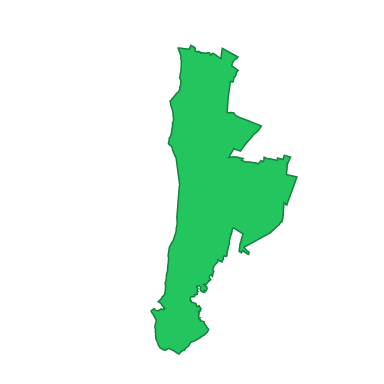 the district of Todiresti, Iasi, Romania, rotated 236°
{"feature_id": "2599482B85852318725472", "entity_name": "Todiresti", "entity_type": "district", "adm_level": 2, "iso_a3": "ROU", "parent_name": "Romania", "parent_adm1": "Iasi", "projection": "equal_earth", "projection_center": [26.831, 47.342], "detail": "fine", "context": "isolated", "style": "filled", "palette": "green", "viewbox_px": 384, "rotation_deg": 236, "n_neighbors": 0, "source": "geoboundaries", "source_scale": "gbopen_adm2", "svg_char_len": 6015}
<svg xmlns="http://www.w3.org/2000/svg" viewBox="0 0 384 384"><g transform="rotate(236 192 192)"><path d="M145.8,287.4L153.6,280.1L156.2,282.1L157.2,283.1L159.6,284.8L159.6,285.0L160.1,285.2L162.8,287.5L162.4,287.8L165.8,293.2L170.8,289.0L168.1,285.8L172.3,281.9L170.6,280.3L176.0,275.1L177.2,273.4L177.6,273.1L180.5,271.3L179.7,270.4L178.5,269.8L177.3,268.0L179.5,266.9L178.8,264.7L178.5,263.3L178.5,262.2L179.2,261.8L180.3,261.5L182.1,259.1L183.0,258.3L185.2,255.9L187.0,253.1L190.5,250.8L191.2,253.1L192.9,251.4L195.2,249.4L196.2,248.4L198.6,244.9L200.1,241.8L202.3,246.2L204.5,251.1L203.8,251.3L203.0,251.8L198.8,255.1L200.1,258.4L201.1,261.4L202.3,265.2L204.1,271.9L204.9,274.4L205.4,276.5L205.3,278.3L205.4,279.0L206.1,282.1L207.9,286.4L222.3,276.7L227.2,273.1L230.2,271.3L231.7,270.9L234.4,270.9L235.7,269.0L236.0,269.0L236.4,268.4L236.5,267.9L236.3,267.7L238.3,265.6L249.2,274.1L262.3,285.7L260.3,287.3L260.4,287.6L261.0,288.5L262.8,290.2L263.3,290.9L263.9,292.8L264.7,294.2L265.9,295.1L266.1,295.6L266.7,297.0L266.9,298.3L274.5,295.5L275.6,296.8L277.0,299.0L277.5,300.2L277.8,302.0L277.7,303.3L277.9,304.1L277.7,304.6L278.1,305.0L278.3,305.6L294.2,297.5L290.8,294.3L286.5,290.6L287.8,290.0L293.6,287.8L295.5,286.8L295.4,285.9L294.9,285.0L295.0,284.5L295.2,283.7L296.3,284.0L296.8,284.4L297.7,284.4L298.7,283.0L298.9,281.9L299.3,281.0L300.2,280.3L300.7,279.3L301.7,278.6L302.1,278.0L302.2,276.9L303.7,276.9L305.1,276.0L304.6,275.4L306.3,274.1L307.5,273.4L309.3,275.3L311.0,274.3L311.3,274.7L314.2,273.0L313.6,272.2L312.0,269.4L316.0,264.8L317.7,262.9L318.1,262.6L319.1,261.0L316.7,260.2L315.2,260.1L310.4,258.6L308.5,257.0L307.6,256.9L306.3,256.3L304.9,255.2L303.2,254.1L298.5,250.4L296.0,247.9L293.2,245.3L292.6,245.3L291.3,245.4L289.6,244.4L288.9,243.6L287.6,243.1L287.2,242.8L286.9,242.0L286.7,241.6L285.9,241.1L285.7,240.9L285.9,240.7L285.7,240.4L285.3,240.1L284.4,239.8L283.9,239.2L283.7,238.5L283.3,238.0L282.4,235.9L282.5,234.8L281.7,231.9L280.5,228.7L280.7,228.4L280.7,228.1L279.6,225.9L279.5,225.3L279.8,224.9L279.7,224.6L278.9,224.5L277.7,223.8L276.7,223.5L275.4,222.8L272.7,222.2L268.3,220.6L265.7,218.9L263.3,217.9L261.0,215.9L260.1,214.3L257.6,212.9L254.7,209.7L252.9,208.5L250.7,206.0L249.5,204.4L249.5,203.6L249.1,202.9L248.5,202.7L247.5,201.8L245.7,199.8L245.0,199.5L244.1,199.6L242.3,200.3L240.9,200.5L235.1,198.7L233.9,198.6L231.1,198.0L229.2,197.9L204.9,185.8L203.5,184.4L179.5,165.3L173.6,161.7L170.6,158.5L168.5,157.1L167.7,156.1L166.9,155.3L165.0,152.7L162.1,149.1L161.2,146.4L158.6,142.0L154.7,138.5L152.2,136.3L150.5,135.8L145.7,132.0L144.7,131.0L142.1,128.8L141.1,128.4L140.2,127.3L139.3,126.7L138.8,125.8L138.2,125.0L133.3,121.1L131.4,118.6L129.2,117.8L125.3,114.8L123.0,112.5L122.2,111.5L121.9,110.7L121.8,108.8L120.8,107.2L120.2,104.5L120.1,103.0L120.0,102.6L119.0,103.0L117.9,103.7L117.2,103.9L116.6,104.0L115.4,103.7L111.7,104.2L110.9,104.4L110.3,103.8L111.0,103.4L111.1,103.1L111.0,102.8L110.5,102.5L110.5,102.3L112.4,101.0L112.2,99.3L112.6,98.6L112.3,97.6L113.2,96.5L114.7,95.4L116.2,95.6L116.6,94.8L116.3,91.6L115.8,91.4L114.5,91.2L113.3,91.4L105.9,90.7L103.6,88.8L103.3,88.0L100.7,85.6L98.0,84.7L97.7,84.5L97.4,84.0L96.9,83.6L94.9,82.6L93.2,81.4L90.6,80.0L88.8,79.6L86.6,79.3L83.3,78.4L82.2,78.5L80.5,78.4L79.8,78.7L78.4,79.6L77.8,79.6L77.4,79.8L75.8,81.1L75.5,83.4L75.5,85.1L75.4,85.3L71.0,87.8L65.9,90.0L64.9,90.6L64.9,91.3L65.6,93.0L65.7,95.4L65.0,97.3L65.9,99.0L66.3,101.8L66.1,102.0L66.0,102.5L66.8,104.3L67.6,105.6L68.2,106.9L67.5,109.4L67.2,110.2L66.8,113.3L66.9,114.5L66.6,115.6L66.8,116.6L66.6,117.0L66.5,117.5L66.9,118.0L66.7,118.7L66.8,120.2L66.5,122.4L66.8,123.3L67.1,125.7L67.6,127.0L68.8,129.0L70.7,128.9L72.3,128.7L73.2,128.9L74.6,128.6L74.9,128.9L76.5,128.7L77.8,129.5L80.6,126.9L81.3,127.6L82.9,126.9L83.2,128.3L83.9,127.7L85.2,127.8L85.8,128.5L86.5,128.6L86.7,129.0L86.5,129.3L88.4,130.8L89.0,130.2L89.5,130.5L89.6,130.8L89.4,131.3L88.6,132.7L90.0,133.5L90.3,133.8L90.3,134.1L90.8,133.9L91.6,134.3L92.7,134.2L93.7,134.4L94.0,133.6L93.6,132.9L94.0,132.0L94.2,131.8L97.4,132.9L97.8,132.4L98.2,132.3L98.4,132.0L99.4,131.4L101.1,129.8L101.5,129.7L101.6,130.0L102.6,130.7L103.5,130.1L104.3,130.6L104.8,131.3L105.7,133.0L104.9,133.8L104.1,135.0L104.0,135.9L104.2,136.3L105.4,136.7L105.2,136.9L104.2,138.8L104.2,139.1L104.4,139.5L106.2,140.1L106.1,141.4L107.3,141.1L108.6,143.0L109.6,142.9L110.3,142.5L111.2,143.6L110.1,145.7L108.3,146.0L106.9,144.5L106.0,144.1L105.2,144.3L104.6,144.2L103.5,144.7L101.8,146.3L103.4,146.5L103.3,147.0L103.5,147.2L103.5,147.5L102.6,147.5L102.2,148.5L102.2,148.8L103.8,150.8L105.2,151.1L105.8,150.8L106.8,150.4L108.6,150.1L109.0,149.9L109.0,150.0L109.0,150.5L108.5,150.6L107.7,151.2L107.5,152.0L107.5,152.3L108.1,153.4L108.0,154.0L108.3,154.6L108.5,156.1L109.1,156.4L108.6,157.3L109.0,158.7L111.1,158.4L112.2,159.1L112.8,160.9L112.9,161.3L110.6,161.8L112.9,164.0L114.1,165.7L116.4,165.9L116.6,166.0L116.9,167.0L118.0,168.4L119.0,170.9L119.1,172.0L119.5,173.4L119.6,174.3L120.7,174.9L121.1,175.3L121.3,175.6L119.1,176.6L117.2,177.7L117.9,178.2L118.3,178.8L118.4,180.0L118.8,180.5L119.6,180.8L121.0,182.5L121.1,182.9L120.9,183.1L119.5,184.0L119.5,184.8L119.6,185.4L120.6,185.9L121.2,185.9L121.8,187.1L124.0,189.1L124.5,189.9L125.1,190.3L125.8,191.3L126.0,191.3L126.4,191.5L127.7,193.6L128.6,194.5L130.3,195.3L133.3,198.6L133.3,198.8L133.5,199.1L134.7,199.8L134.9,200.1L134.7,200.5L134.7,200.8L138.7,204.7L138.9,205.6L139.2,206.1L135.4,208.0L128.8,210.8L128.5,210.4L128.2,210.4L126.7,208.2L125.6,207.0L125.1,206.7L125.2,206.4L125.1,206.2L124.1,205.8L123.8,204.9L122.1,202.8L116.4,197.8L115.0,198.7L113.9,198.9L115.1,201.0L114.2,201.5L112.0,202.3L109.3,203.5L108.5,204.1L110.1,205.6L110.9,205.5L112.6,204.7L113.3,204.7L116.3,204.1L117.1,204.2L114.4,234.2L116.0,244.0L116.2,246.3L117.0,247.5L117.2,248.0L117.3,249.1L117.1,250.2L117.3,250.4L118.3,251.1L119.5,252.8L130.2,261.1L130.4,261.4L131.6,262.4L129.8,262.8L128.8,262.8L128.1,263.3L129.0,264.3L140.9,280.8L145.8,287.4Z" fill="#22c55e" stroke="#15803d" stroke-width="1.5"/></g></svg>